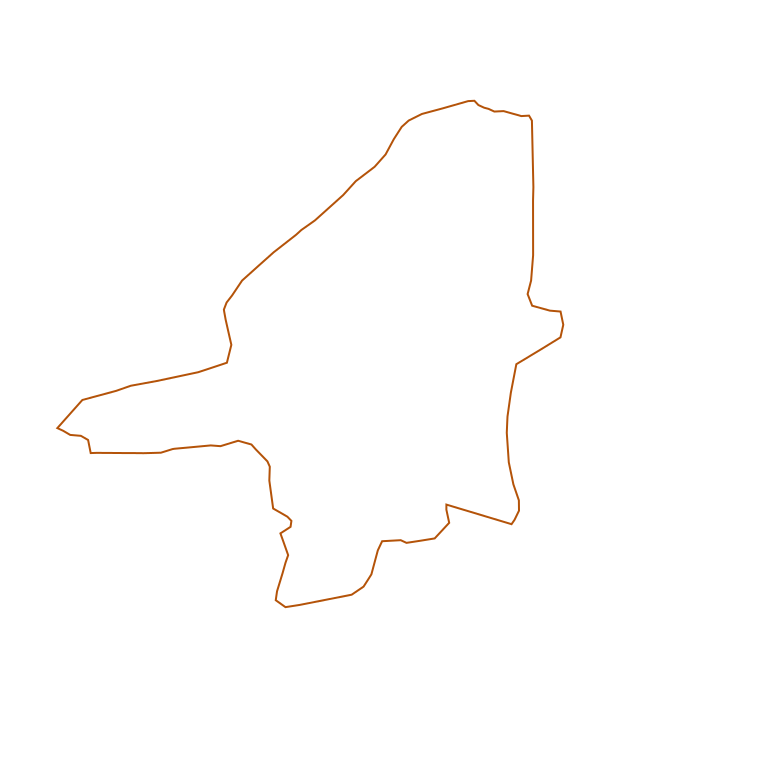 the district of Farshut, Qina, Egypt, rotated 231°
{"feature_id": "37247803B34364320668484", "entity_name": "Farshut", "entity_type": "district", "adm_level": 2, "iso_a3": "EGY", "parent_name": "Egypt", "parent_adm1": "Qina", "projection": "equal_earth", "projection_center": [32.162, 26.057], "detail": "fine", "context": "isolated", "style": "outline", "palette": "amber", "viewbox_px": 768, "rotation_deg": 231, "n_neighbors": 0, "source": "geoboundaries", "source_scale": "gbopen_adm2", "svg_char_len": 1714}
<svg xmlns="http://www.w3.org/2000/svg" viewBox="0 0 768 768"><g transform="rotate(231 384 384)"><path d="M194.8,394.9L196.3,400.0L200.6,409.2L208.7,415.6L224.6,421.4L244.6,431.7L268.8,448.7L278.2,457.0L281.0,459.5L297.4,477.1L316.1,499.3L311.8,530.3L309.2,550.5L317.2,560.6L329.2,566.8L336.6,559.1L351.6,548.4L363.5,552.2L371.8,563.4L390.2,580.9L432.8,615.3L443.0,624.0L495.6,664.7L501.3,665.6L505.8,659.3L508.3,657.6L513.3,654.0L520.8,648.7L526.3,641.2L532.0,638.4L535.7,635.7L541.4,632.9L547.2,632.5L550.9,627.4L556.1,615.2L561.3,603.0L570.0,583.4L573.2,569.0L572.7,559.6L568.1,545.7L561.4,529.7L558.7,513.4L559.4,489.7L556.5,471.0L556.4,468.6L554.9,439.1L554.6,433.3L555.7,416.7L555.3,409.6L555.8,381.2L554.9,362.4L553.7,338.8L548.4,321.6L546.4,313.0L542.6,306.4L540.9,305.4L533.8,301.5L524.1,296.7L511.9,290.7L510.5,290.0L499.4,275.3L503.8,263.6L507.2,254.6L510.1,247.0L517.9,231.7L518.6,230.3L529.4,209.2L542.0,186.1L546.2,174.4L547.2,171.6L561.4,139.6L561.0,137.0L555.3,102.4L549.6,105.2L541.9,108.1L534.5,115.8L526.7,118.8L514.9,112.6L511.2,117.5L508.4,120.9L504.8,125.3L497.4,134.3L493.7,138.8L486.6,147.5L485.5,148.8L481.4,153.8L476.1,160.7L471.0,167.4L468.6,173.4L466.5,178.7L465.6,180.3L463.2,183.9L458.7,190.6L445.3,210.7L438.6,217.8L431.7,234.9L420.4,242.9L413.9,243.2L397.2,244.7L391.6,243.2L381.1,234.1L357.0,219.5L343.0,224.9L341.7,225.4L335.9,225.9L331.8,221.5L333.1,209.5L324.8,206.6L311.3,201.8L307.1,195.0L300.8,186.1L290.2,170.4L284.1,163.8L272.6,167.0L265.4,179.4L240.6,226.3L239.4,240.6L241.9,248.2L244.0,254.4L258.6,274.5L263.0,283.6L252.1,298.7L246.4,301.5L239.2,313.8L232.1,326.2L235.1,347.3L247.1,353.4L251.0,356.6L194.8,394.9Z" fill="none" stroke="#b45309" stroke-width="2"/></g></svg>